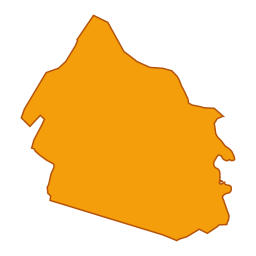 outline of Bocage, Castries, Saint Lucia
{"feature_id": "8701671B35941232442157", "entity_name": "Bocage", "entity_type": "district", "adm_level": 2, "iso_a3": "LCA", "parent_name": "Saint Lucia", "parent_adm1": "Castries", "projection": "orthographic", "projection_center": [-60.966, 14.003], "detail": "fine", "context": "isolated", "style": "filled", "palette": "amber", "viewbox_px": 256, "rotation_deg": 0, "n_neighbors": 0, "source": "geoboundaries", "source_scale": "gbopen_adm2", "svg_char_len": 2893}
<svg xmlns="http://www.w3.org/2000/svg" viewBox="0 0 256 256"><path d="M223.2,116.3L221.2,114.5L220.2,113.6L214.2,108.3L211.7,108.2L204.2,107.8L203.1,107.5L200.4,106.7L194.5,105.5L192.3,105.1L188.5,103.0L188.4,102.1L187.9,98.9L183.4,89.4L182.5,87.8L181.6,86.2L180.2,82.5L178.7,78.9L176.9,76.1L173.0,72.1L171.8,70.8L168.6,69.9L162.7,68.3L157.1,67.9L149.8,67.4L141.4,63.6L136.1,61.1L136.1,60.8L124.8,52.2L123.9,51.6L112.6,31.1L111.5,29.2L107.8,22.4L93.5,15.4L77.0,39.7L77.5,40.8L75.4,45.8L65.7,61.6L58.4,68.3L46.2,72.6L42.7,78.4L24.7,108.6L24.5,108.9L21.3,117.8L29.9,126.4L36.3,119.6L40.3,115.4L42.6,117.5L44.4,119.3L42.0,124.6L39.7,129.0L37.5,133.2L34.1,139.6L33.9,140.2L31.7,147.8L31.6,148.1L32.0,148.2L34.1,148.8L35.4,151.3L39.9,155.3L42.3,157.0L46.2,159.9L52.7,163.5L53.8,164.2L54.1,167.0L51.0,174.1L48.6,184.8L48.0,185.9L47.2,187.3L47.5,189.9L47.9,193.4L48.5,194.0L50.7,195.9L50.0,200.2L50.0,200.4L161.0,234.3L162.9,234.9L176.9,240.6L178.9,239.2L187.0,236.7L199.2,229.2L207.3,233.3L217.5,226.5L219.0,224.9L223.1,224.7L226.8,224.5L226.9,224.3L226.9,223.4L228.2,220.6L228.6,219.7L228.6,218.2L228.7,217.8L229.1,216.0L224.2,202.1L224.1,201.6L223.7,200.5L223.1,199.1L222.5,197.8L222.7,196.2L223.9,194.9L225.9,193.6L227.2,193.3L227.9,193.2L228.8,193.0L230.1,192.0L230.6,191.6L230.8,191.1L231.2,189.9L231.2,187.6L231.0,187.0L230.8,186.3L229.5,185.4L227.7,185.1L227.4,185.1L226.4,184.8L225.5,184.3L224.4,183.7L224.4,182.9L224.5,182.7L224.6,182.3L224.3,182.4L223.7,182.4L221.9,183.7L220.7,184.2L219.4,183.2L219.4,182.6L219.3,182.1L220.4,181.7L222.1,181.3L221.9,181.1L221.5,180.7L219.7,180.2L219.7,179.8L219.8,179.1L219.9,178.4L219.9,177.9L220.0,177.5L220.0,177.2L219.9,176.3L219.9,175.1L219.9,174.9L219.9,174.5L219.9,173.9L219.9,173.6L219.8,172.7L219.7,172.3L219.6,171.6L219.3,170.9L219.2,170.6L218.9,170.1L218.5,169.6L218.4,169.4L218.2,169.2L217.8,169.0L217.6,168.8L217.4,168.7L216.9,168.4L216.5,168.2L216.1,168.0L215.9,167.9L215.5,167.7L215.1,167.4L214.3,166.2L214.0,165.4L213.9,165.1L213.7,164.6L213.6,163.5L213.7,162.8L213.9,162.1L214.1,161.7L214.2,161.4L214.9,160.3L215.0,160.0L215.2,159.6L215.7,159.0L216.0,158.3L216.6,157.3L216.9,156.9L217.1,156.6L217.7,155.8L218.0,155.4L218.4,155.2L218.8,155.1L219.2,155.0L219.8,155.3L220.6,155.6L221.0,156.0L221.4,156.2L221.5,156.5L222.0,157.0L222.2,157.7L222.4,158.0L222.7,158.5L223.1,158.9L223.7,159.4L224.0,159.7L224.9,160.0L225.7,160.5L226.2,160.7L226.4,160.7L226.8,160.8L227.0,160.7L227.5,160.6L228.2,160.3L229.0,159.8L229.2,159.6L229.4,159.6L229.6,159.7L230.2,160.0L230.8,160.5L231.4,160.5L233.3,160.5L233.6,160.4L233.8,160.3L234.0,160.0L234.7,159.1L234.3,157.6L233.7,155.4L231.9,151.7L230.5,150.0L228.0,147.9L224.9,145.8L221.7,141.3L217.8,137.3L217.2,136.3L215.7,133.6L215.3,130.3L214.4,124.5L214.3,123.2L215.4,121.7L217.0,118.9L217.3,118.7L217.7,118.5L220.7,117.2L222.7,116.3L223.2,116.3Z" fill="#f59e0b" stroke="#b45309" stroke-width="1.5"/></svg>